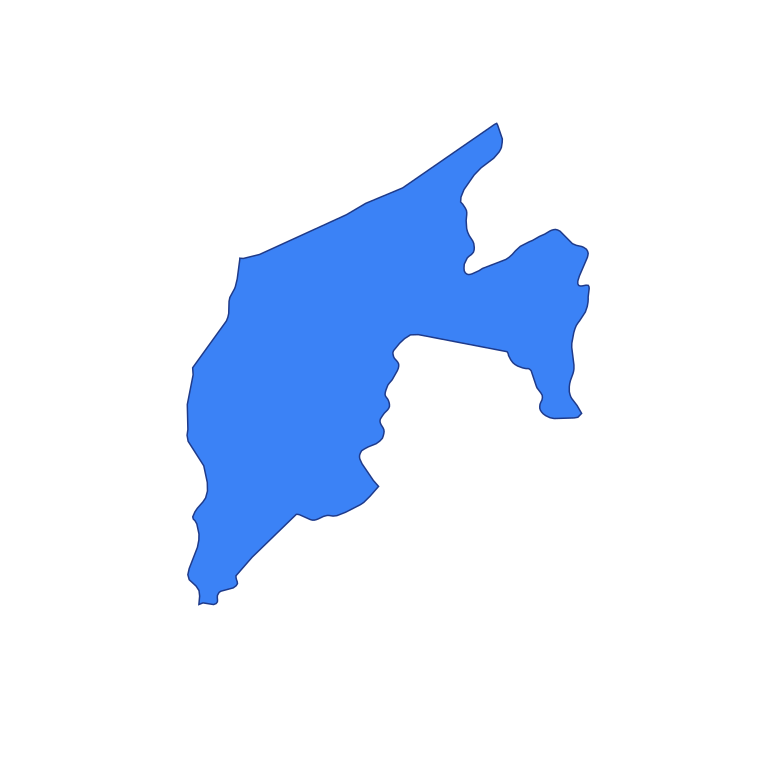 SVG path tracing the border of Thiès, rotated 29°
{"feature_id": "SEN-768", "entity_name": "Thiès", "entity_type": "Region", "adm_level": 1, "iso_a3": "SEN", "parent_name": "Senegal", "parent_adm1": "", "projection": "natural_earth1", "projection_center": [-16.596, 14.801], "detail": "fine", "context": "isolated", "style": "filled", "palette": "blue", "viewbox_px": 768, "rotation_deg": 29, "n_neighbors": 0, "source": "natural_earth", "source_scale": "10m", "svg_char_len": 3386}
<svg xmlns="http://www.w3.org/2000/svg" viewBox="0 0 768 768"><g transform="rotate(29 384 384)"><path d="M196.9,343.9L200.1,342.4L212.3,331.1L269.1,254.1L280.4,234.9L305.2,203.5L354.8,103.4L356.2,101.4L357.9,102.5L368.7,112.3L370.2,115.3L372.0,120.2L372.2,122.4L372.2,125.2L370.5,133.3L364.1,147.8L361.5,157.5L359.7,175.2L360.7,183.2L362.8,187.7L365.7,188.6L369.9,190.8L372.0,192.3L373.3,194.0L374.3,195.9L376.6,201.2L380.9,207.9L382.2,209.3L383.5,210.6L386.6,212.9L392.3,215.9L394.4,217.6L396.8,220.9L397.8,223.0L398.3,225.3L398.0,227.1L397.5,228.8L396.7,230.4L396.2,231.7L395.7,233.5L396.1,240.3L397.8,243.9L399.3,246.1L401.1,247.3L402.9,247.7L404.7,247.4L406.3,246.3L407.6,245.0L412.2,238.8L414.1,235.2L430.2,216.0L432.0,212.5L433.4,208.4L434.4,203.8L436.5,197.5L442.0,189.3L444.3,186.4L448.4,179.6L451.9,175.0L454.9,169.8L456.0,168.3L457.4,166.9L459.0,165.7L461.2,165.1L463.9,165.0L480.7,169.9L484.9,169.5L490.3,167.9L492.3,167.7L495.7,168.0L497.7,169.2L499.2,170.7L499.9,172.5L500.5,174.6L502.5,194.6L503.6,200.0L504.9,202.4L506.5,203.4L508.2,203.1L509.7,202.2L512.8,199.6L514.8,198.7L516.2,199.6L517.2,201.1L520.4,209.0L521.4,210.7L522.7,213.4L524.2,217.7L525.2,223.4L524.4,234.1L524.1,235.8L523.8,239.5L524.2,243.0L525.1,247.1L528.5,257.3L530.4,260.9L540.9,275.3L542.8,278.7L543.6,280.8L544.2,283.1L545.4,290.6L546.2,293.6L547.4,296.6L549.8,300.9L551.7,303.0L553.6,304.7L555.3,305.7L563.3,309.2L571.1,313.9L569.7,319.1L566.7,321.5L549.6,331.7L545.5,333.0L540.7,333.3L537.7,332.9L535.4,332.1L533.5,331.1L532.1,329.8L531.1,328.1L530.3,326.1L530.0,323.8L529.9,321.4L529.2,319.2L527.9,317.2L525.6,315.8L519.7,313.2L518.2,312.0L506.2,301.0L504.4,300.5L503.0,300.5L502.4,300.7L502.2,300.8L501.7,301.2L500.1,301.9L497.4,302.7L492.2,303.5L489.1,303.4L486.5,302.9L483.3,301.5L479.1,298.7L478.3,297.7L477.3,296.8L475.9,296.1L390.0,324.2L383.3,328.2L380.0,334.3L377.9,340.8L376.2,350.1L376.5,352.1L377.2,353.3L379.2,355.5L380.7,356.5L383.9,357.6L385.7,358.4L387.2,359.5L388.2,361.2L388.9,363.4L389.2,365.9L389.1,376.4L388.2,380.8L387.9,383.1L388.6,388.1L389.1,390.4L389.9,392.5L391.2,393.9L394.7,395.5L396.2,396.6L397.7,398.0L398.8,399.4L399.7,401.1L399.9,403.1L399.7,404.9L398.4,409.4L398.0,412.8L397.8,416.4L398.4,418.3L399.5,419.7L401.0,420.9L404.4,422.8L405.9,423.9L407.1,425.5L407.9,427.5L408.5,429.8L408.9,432.3L408.0,435.9L406.1,440.0L400.8,446.5L398.4,450.2L396.8,453.2L396.8,455.6L397.1,457.9L398.0,459.8L399.2,461.3L403.4,464.4L421.4,473.5L428.9,476.2L426.2,488.8L423.7,497.4L421.9,500.9L412.5,514.9L406.6,522.0L403.5,524.2L399.7,525.6L398.0,526.5L395.3,529.1L391.8,534.0L390.5,535.5L389.1,536.8L387.3,537.8L385.2,538.3L373.5,539.3L371.8,539.8L370.5,540.5L352.6,599.5L347.5,623.5L348.6,625.3L349.9,626.7L351.4,628.0L352.6,629.6L352.5,632.1L351.0,635.4L341.8,644.3L340.8,646.2L340.8,649.7L341.8,651.7L343.1,653.6L343.9,655.3L343.6,657.4L341.9,659.5L331.8,663.2L329.0,666.6L325.6,658.9L322.4,654.4L317.8,651.9L308.5,649.6L304.9,645.9L303.1,639.9L300.0,617.3L297.7,610.2L294.9,604.9L288.1,597.1L285.0,595.2L282.7,594.6L281.1,592.9L280.6,587.4L281.0,583.1L282.8,574.9L283.2,570.1L281.5,563.2L277.2,555.8L266.0,542.9L240.5,529.1L236.6,524.3L234.5,518.8L221.9,497.3L212.6,468.5L208.8,462.6L208.8,462.3L215.6,405.3L215.1,401.4L214.0,397.6L208.4,386.8L207.2,383.0L207.1,373.1L206.8,370.9L204.7,363.3L197.3,344.5L196.9,343.9Z" fill="#3b82f6" stroke="#1e3a8a" stroke-width="1.5"/></g></svg>